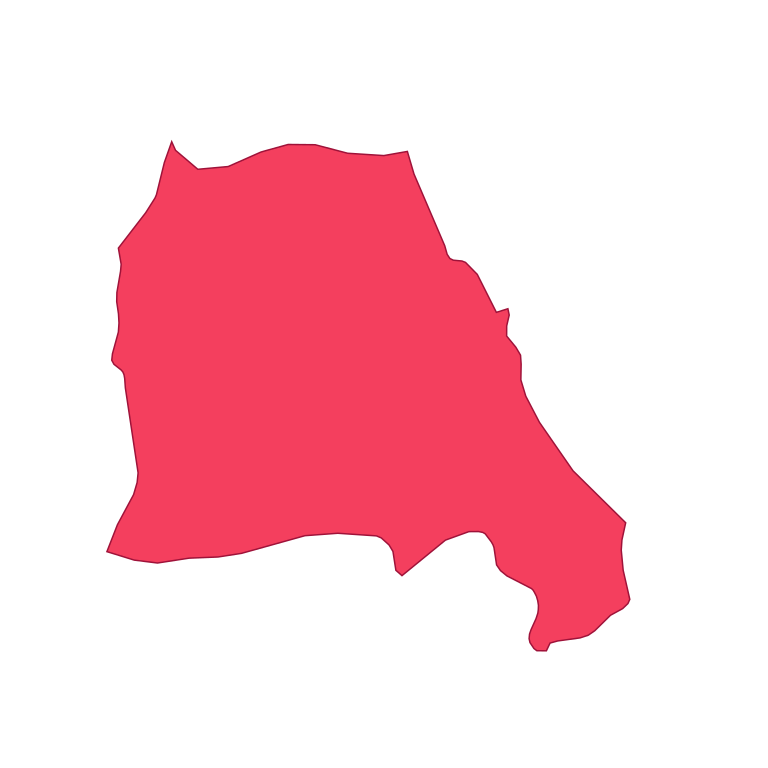 map outline of Ararat (Albers equal-area conic projection), rotated 194°
{"feature_id": "ARM-1671", "entity_name": "Ararat", "entity_type": "Province", "adm_level": 1, "iso_a3": "ARM", "parent_name": "Armenia", "parent_adm1": "", "projection": "albers", "projection_center": [44.713, 39.934], "detail": "fine", "context": "isolated", "style": "filled", "palette": "rose", "viewbox_px": 768, "rotation_deg": 194, "n_neighbors": 0, "source": "natural_earth", "source_scale": "10m", "svg_char_len": 1512}
<svg xmlns="http://www.w3.org/2000/svg" viewBox="0 0 768 768"><g transform="rotate(194 384 384)"><path d="M648.6,567.7L642.8,560.3L616.6,547.3L587.8,557.3L559.5,579.3L555.0,581.9L535.0,593.2L508.7,599.5L475.1,599.1L439.4,605.6L417.6,615.3L405.7,595.0L358.5,532.8L354.1,525.1L350.4,521.7L346.7,520.9L338.1,522.2L334.3,521.7L320.0,512.9L292.3,480.7L282.0,487.0L279.2,481.2L279.0,470.0L276.6,460.2L265.0,451.6L258.5,445.0L255.7,436.3L252.2,421.1L243.5,406.5L223.9,384.4L179.6,345.5L115.9,307.8L115.9,307.6L115.9,306.8L115.4,290.2L113.6,280.2L106.9,261.2L93.4,234.5L94.2,230.0L98.1,223.8L108.3,214.4L119.8,195.6L125.0,189.7L132.3,185.1L153.3,176.7L160.2,172.8L161.9,164.4L171.2,162.2L174.5,163.6L179.8,168.4L181.6,172.0L182.3,176.6L181.9,181.1L179.7,193.2L179.3,198.9L179.7,202.4L180.6,206.6L182.4,210.9L184.8,215.0L187.6,218.2L189.5,220.1L191.4,221.2L218.2,227.5L225.8,231.1L231.0,235.7L237.7,251.9L239.4,254.4L241.8,256.9L249.5,263.1L252.2,263.9L256.5,263.7L265.9,261.3L286.6,247.4L320.2,202.4L327.4,206.1L334.8,223.7L340.1,229.0L349.4,234.0L354.6,234.8L392.7,228.0L424.0,217.7L481.3,185.2L503.2,176.0L530.9,167.9L560.5,155.5L583.7,152.7L612.3,154.3L608.6,183.0L600.2,216.1L599.7,228.7L601.1,238.3L634.0,317.6L636.9,326.5L638.5,330.1L640.3,332.5L642.4,334.0L650.8,337.8L653.9,341.2L654.8,347.6L654.3,370.1L655.9,379.1L658.6,387.8L663.3,399.3L665.3,408.2L666.9,429.7L668.0,436.6L674.6,451.6L656.6,492.7L651.2,509.0L650.6,512.5L650.7,545.8L648.6,567.7Z" fill="#f43f5e" stroke="#9f1239" stroke-width="1.5"/></g></svg>